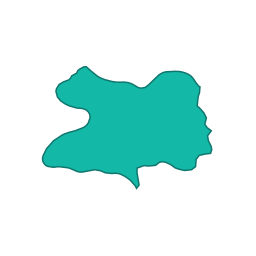 the district of Hoechang, P'yŏngan-namdo, North Korea, rotated 127°
{"feature_id": "82179303B89029266614527", "entity_name": "Hoechang", "entity_type": "district", "adm_level": 2, "iso_a3": "PRK", "parent_name": "North Korea", "parent_adm1": "P'yŏngan-namdo", "projection": "orthographic", "projection_center": [126.448, 39.075], "detail": "fine", "context": "isolated", "style": "filled", "palette": "teal", "viewbox_px": 256, "rotation_deg": 127, "n_neighbors": 0, "source": "geoboundaries", "source_scale": "gbopen_adm2", "svg_char_len": 1567}
<svg xmlns="http://www.w3.org/2000/svg" viewBox="0 0 256 256"><g transform="rotate(127 128 128)"><path d="M51.8,95.3L52.1,96.3L51.1,100.5L49.2,105.9L48.6,109.0L48.8,112.1L49.5,115.2L50.7,118.4L51.8,120.7L54.4,124.5L60.4,131.6L62.7,133.4L66.6,135.2L81.5,137.6L85.3,138.7L88.4,141.6L89.6,144.3L90.2,150.1L90.8,152.8L91.7,155.3L93.6,158.6L98.6,165.2L100.6,169.0L103.3,175.5L104.8,181.0L105.0,183.3L104.8,191.0L104.2,198.2L105.7,200.0L110.3,202.2L112.5,202.6L115.1,202.0L120.1,204.3L122.7,203.9L125.1,204.2L129.9,207.2L134.7,209.2L136.8,209.0L139.5,208.8L142.1,207.6L145.7,203.0L146.9,198.0L146.6,192.7L145.7,188.3L143.0,181.2L140.0,176.4L139.1,174.0L138.7,171.6L139.1,169.2L140.3,166.5L142.8,164.4L147.7,162.8L150.1,162.7L152.5,163.1L154.7,164.0L162.1,168.6L166.6,172.2L171.2,175.3L173.7,176.5L183.1,179.8L193.5,180.6L200.8,179.2L203.6,178.1L205.9,175.9L206.9,173.7L207.4,171.2L206.8,168.7L204.3,164.0L201.4,161.0L199.7,158.6L196.4,152.9L195.3,150.6L193.4,142.7L192.4,140.4L190.7,138.0L181.3,129.4L178.7,124.2L177.4,119.1L174.1,113.6L172.1,111.3L170.3,108.6L169.4,106.3L168.4,100.8L168.3,95.0L169.9,87.1L171.1,84.9L166.9,84.8L161.9,90.1L158.2,94.0L154.5,96.6L148.4,92.6L146.0,88.7L141.2,83.5L136.3,82.2L133.8,79.6L132.6,76.9L131.5,71.7L131.5,66.5L130.3,62.6L127.9,57.3L125.5,54.7L123.0,52.1L121.8,51.8L118.2,50.8L112.0,54.7L107.1,54.7L102.3,50.7L98.6,46.8L94.9,48.1L92.5,50.7L90.0,55.9L86.3,59.8L80.1,59.8L80.1,65.0L78.8,68.9L72.7,71.5L70.2,76.7L68.9,83.3L68.9,85.9L62.7,89.7L60.2,91.0L56.5,92.3L51.8,95.3Z" fill="#14b8a6" stroke="#0f766e" stroke-width="1.5"/></g></svg>